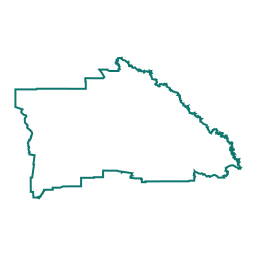 Gannawarra, Victoria, Australia
{"feature_id": "25037944B50058704827939", "entity_name": "Gannawarra", "entity_type": "district", "adm_level": 2, "iso_a3": "AUS", "parent_name": "Australia", "parent_adm1": "Victoria", "projection": "mercator", "projection_center": [144.036, -35.732], "detail": "fine", "context": "isolated", "style": "outline", "palette": "teal", "viewbox_px": 256, "rotation_deg": 0, "n_neighbors": 0, "source": "geoboundaries", "source_scale": "gbopen_adm2", "svg_char_len": 5873}
<svg xmlns="http://www.w3.org/2000/svg" viewBox="0 0 256 256"><path d="M120.5,58.0L120.7,58.5L119.2,57.9L117.9,58.2L117.1,59.9L116.6,60.0L117.1,61.1L117.9,60.7L117.9,61.2L116.9,61.8L116.3,61.6L115.6,62.8L116.0,63.4L116.4,63.0L116.6,63.7L118.0,63.7L117.8,64.4L118.1,64.4L118.0,64.8L118.3,65.1L118.4,64.7L119.0,64.9L119.2,65.3L118.9,66.6L119.5,66.9L119.3,67.4L119.7,69.1L118.5,69.1L118.5,71.0L109.6,71.0L107.4,70.1L107.4,69.6L99.3,69.6L102.1,73.2L104.3,77.2L103.1,78.3L85.3,78.2L85.3,81.6L85.8,81.7L85.8,88.8L36.9,88.7L36.4,89.4L15.4,89.4L15.4,107.0L22.5,109.4L21.3,111.3L21.3,112.6L23.6,114.7L26.0,115.4L26.4,116.4L25.0,118.0L24.7,119.4L25.0,122.3L25.4,123.2L26.9,124.4L27.1,125.2L27.6,125.3L27.5,126.8L27.1,127.2L27.5,128.2L30.4,130.2L30.5,130.9L31.4,131.3L32.2,133.3L32.0,134.4L31.1,135.8L31.4,136.4L30.7,137.1L31.0,138.2L30.1,139.1L29.9,140.0L29.2,139.8L28.9,140.5L29.0,141.0L28.3,141.7L28.3,142.5L27.8,143.1L28.3,143.9L28.2,146.2L29.0,146.6L29.2,147.4L28.4,148.3L28.7,149.0L28.6,150.2L29.6,151.9L29.1,152.5L29.6,152.6L29.4,154.4L34.6,155.2L33.4,164.3L34.0,164.4L32.2,177.5L30.7,177.5L30.8,191.9L33.1,191.9L33.4,197.4L37.0,197.6L37.8,197.2L38.3,198.0L39.1,198.2L39.3,197.8L39.0,197.4L39.5,197.2L39.1,196.8L40.2,196.7L40.2,196.2L41.1,195.8L41.2,194.7L42.6,193.6L42.4,193.2L43.3,192.1L43.2,191.6L44.1,191.0L44.1,189.8L52.8,189.7L52.7,187.7L60.2,187.7L63.1,186.4L81.1,186.3L81.1,177.8L93.9,177.8L93.9,177.2L103.1,177.2L103.1,170.6L117.5,170.7L117.8,171.1L122.2,171.8L122.1,172.2L122.7,171.8L132.2,173.2L131.5,174.1L131.5,174.8L132.4,175.6L131.2,175.9L130.9,176.6L130.6,176.5L130.2,177.6L129.7,177.8L135.7,178.4L141.0,178.4L141.0,179.1L141.9,179.1L141.8,182.2L145.6,182.2L145.5,181.4L188.9,181.3L189.3,180.7L194.2,180.7L194.2,179.4L194.6,178.3L194.2,177.9L194.6,177.6L194.8,176.8L194.6,176.4L194.8,176.3L194.3,175.9L194.5,175.3L193.8,175.2L194.0,174.5L193.9,173.4L194.6,172.4L194.6,171.1L195.6,172.3L196.7,172.3L198.3,173.3L200.5,173.8L201.9,173.3L203.1,174.7L204.0,174.1L204.6,174.2L205.3,175.2L207.0,176.6L208.5,175.8L209.1,175.9L209.7,176.9L213.9,175.0L214.8,175.0L217.4,176.3L217.4,176.7L218.3,177.6L224.2,177.6L223.3,176.0L224.8,175.4L226.3,176.1L227.0,175.2L227.1,174.3L227.8,174.0L227.5,173.2L228.0,172.3L228.0,171.5L227.4,171.3L226.9,171.9L226.5,170.9L225.5,170.8L225.9,169.7L225.8,167.8L227.0,167.7L227.3,167.0L230.1,165.6L233.2,165.3L236.0,167.1L237.5,167.7L238.7,168.9L239.5,168.4L240.4,168.7L240.5,168.4L240.0,168.0L240.6,167.5L239.7,167.3L239.5,165.9L238.4,165.2L239.3,164.6L238.0,164.8L237.8,164.4L238.8,163.1L237.9,163.3L237.8,162.8L239.2,162.1L238.8,161.8L237.8,162.1L237.4,161.5L238.7,160.8L238.1,159.4L239.2,159.5L239.3,159.1L237.2,159.5L236.8,160.0L236.5,159.2L235.9,159.5L234.8,159.0L235.1,157.0L234.8,157.1L234.4,158.2L233.3,157.5L233.9,156.1L233.2,155.3L233.9,154.9L232.1,154.6L231.7,153.8L232.3,153.3L233.3,153.7L233.4,152.9L233.8,153.0L234.0,153.9L234.4,153.5L233.3,152.6L232.1,153.1L231.5,152.5L231.9,151.9L232.9,151.8L232.0,151.5L232.0,150.8L232.9,149.9L233.8,150.0L233.9,149.4L233.3,149.2L232.1,149.7L231.5,148.7L231.3,149.2L231.4,150.3L230.8,150.7L230.4,150.6L230.0,149.8L230.3,148.5L230.8,147.9L231.7,147.7L232.6,148.1L232.5,147.3L230.6,147.7L230.4,147.4L231.5,146.7L231.5,146.0L232.2,145.1L231.7,144.2L232.4,143.5L232.4,142.9L231.9,142.3L231.1,142.3L230.1,143.6L229.5,143.6L229.4,142.7L228.1,141.8L229.1,140.9L228.0,141.5L227.4,140.9L227.7,138.6L226.7,138.7L226.4,138.4L227.0,137.6L226.9,136.5L225.7,137.6L225.2,137.2L225.4,135.7L224.9,136.0L224.4,137.3L223.3,136.0L222.6,136.1L222.0,136.9L220.8,136.4L220.9,135.9L221.6,135.6L221.4,134.3L222.7,133.7L222.9,133.2L222.7,133.0L220.6,132.8L220.4,133.9L220.0,134.0L219.7,133.4L219.9,132.4L219.4,132.2L219.1,132.4L218.4,134.1L217.8,133.8L217.1,132.8L216.2,133.4L216.0,132.5L217.4,130.6L216.3,129.1L215.0,129.5L214.2,129.1L213.6,129.8L212.7,130.0L212.8,130.9L212.0,131.4L211.2,133.3L210.0,132.7L209.4,132.1L209.5,131.3L208.9,130.3L207.9,129.5L208.1,128.7L207.5,128.0L207.8,127.4L207.0,127.5L206.6,127.3L206.8,125.2L203.3,123.8L202.3,122.6L200.3,121.6L200.3,120.3L201.1,119.8L200.4,119.1L201.5,118.6L200.2,118.1L199.9,116.8L198.8,116.9L198.5,116.5L197.9,117.0L197.7,116.2L197.0,116.7L196.2,116.6L195.5,115.3L194.8,115.3L195.1,114.3L194.5,114.0L195.2,113.6L194.5,113.4L194.5,112.8L193.2,113.5L192.5,113.3L192.1,113.8L191.5,113.1L189.7,113.0L189.7,112.2L188.8,110.6L188.9,109.8L188.1,109.6L187.5,108.6L188.0,107.8L188.6,108.0L187.9,106.8L187.1,106.8L187.7,106.0L186.5,106.4L186.8,106.7L186.7,107.1L185.8,107.1L185.3,106.9L184.8,105.5L183.5,105.5L183.5,103.7L182.8,104.0L182.5,103.3L180.7,101.9L181.2,100.7L180.2,100.3L179.9,99.6L180.4,98.7L179.4,97.3L180.0,96.8L179.9,96.0L179.2,96.0L179.0,95.6L179.4,95.2L179.2,95.1L177.9,95.0L178.5,94.4L178.2,93.2L177.6,93.4L177.3,92.8L176.5,92.3L175.6,92.4L174.4,91.7L173.2,91.7L172.4,90.9L171.8,90.7L171.6,90.2L170.9,90.7L170.5,90.0L169.7,89.8L170.0,88.3L166.6,86.5L166.8,84.8L166.5,83.9L166.1,83.9L165.9,84.6L165.6,84.7L165.0,84.1L165.1,83.1L164.1,84.7L163.6,84.2L163.1,84.8L161.1,84.0L160.3,84.4L159.8,84.2L159.2,85.2L159.7,86.3L159.2,86.5L157.9,85.9L156.6,84.7L155.9,84.8L155.3,84.4L155.2,84.0L156.6,83.1L157.1,82.1L156.4,81.3L156.6,79.8L155.8,79.3L155.1,79.7L152.2,79.0L151.6,77.1L151.2,76.6L151.5,75.9L149.8,74.4L150.2,73.1L150.8,73.1L151.1,73.6L151.8,73.3L151.0,72.3L151.3,71.0L150.8,71.1L151.0,71.6L150.7,71.7L149.5,70.8L149.5,71.8L149.1,72.1L147.9,71.9L147.1,71.2L145.7,71.4L144.7,71.7L144.5,72.4L144.1,72.6L143.8,71.5L144.5,71.2L144.3,70.8L143.3,71.4L142.1,71.4L141.7,70.9L141.0,71.2L140.6,70.8L140.8,70.3L139.8,69.7L139.8,70.8L139.1,70.6L138.5,71.0L138.1,69.8L138.9,69.6L137.2,69.8L134.9,67.4L133.5,67.9L132.7,67.6L131.6,65.6L131.3,65.8L131.3,66.5L130.1,65.4L129.6,66.1L129.1,66.1L129.0,65.4L129.5,64.8L128.1,63.4L128.6,62.3L128.5,61.7L126.6,62.0L125.4,60.6L122.8,60.0L121.8,58.6L121.8,57.8L120.5,58.0Z" fill="none" stroke="#0f766e" stroke-width="2"/></svg>